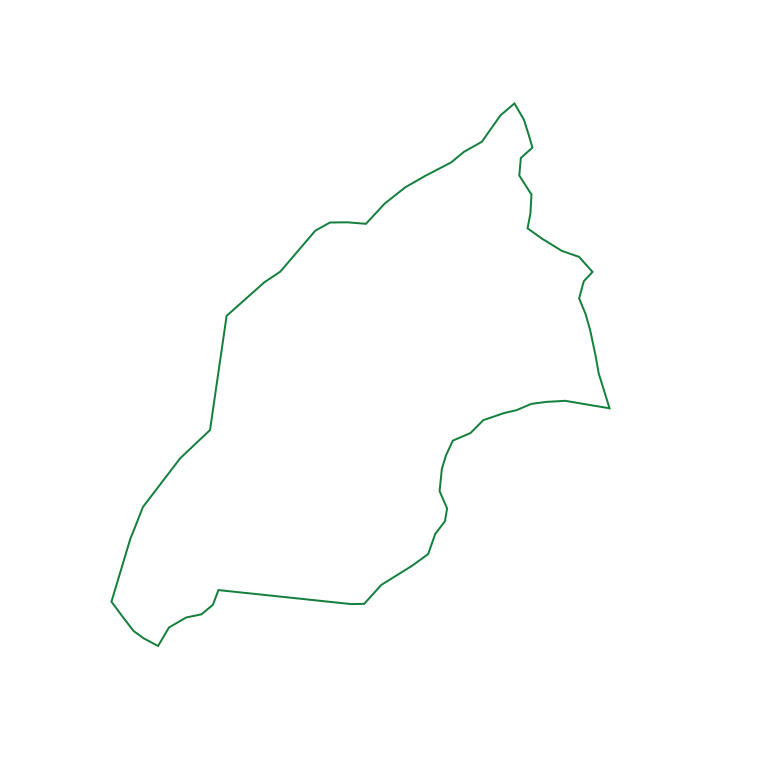 São Francisco, Sergipe, Brazil, rotated 11°
{"feature_id": "56859067B71066777145580", "entity_name": "São Francisco", "entity_type": "district", "adm_level": 2, "iso_a3": "BRA", "parent_name": "Brazil", "parent_adm1": "Sergipe", "projection": "albers", "projection_center": [-36.858, -10.332], "detail": "fine", "context": "isolated", "style": "outline", "palette": "green", "viewbox_px": 768, "rotation_deg": 11, "n_neighbors": 0, "source": "geoboundaries", "source_scale": "gbopen_adm2", "svg_char_len": 1026}
<svg xmlns="http://www.w3.org/2000/svg" viewBox="0 0 768 768"><g transform="rotate(11 384 384)"><path d="M216.5,347.1L222.0,462.4L198.1,495.8L170.8,550.8L167.4,569.5L164.5,584.6L158.0,649.7L172.1,662.6L185.4,674.3L196.8,679.6L212.2,684.3L219.4,664.0L234.3,651.0L248.8,644.9L258.2,633.3L260.8,617.9L364.3,608.9L393.7,606.3L406.5,603.6L419.7,581.7L446.5,556.8L459.8,542.5L462.9,521.4L470.0,507.1L469.7,494.2L459.0,478.5L457.0,456.3L458.5,442.0L462.4,426.4L478.3,415.6L488.4,400.5L507.2,389.7L519.1,384.4L532.4,375.4L546.7,370.6L565.2,365.9L587.8,365.4L610.0,364.8L600.1,346.3L592.8,332.8L586.5,316.4L576.1,291.8L568.6,277.0L559.2,262.7L560.5,245.0L567.3,234.2L551.2,222.0L533.2,219.4L511.9,211.4L495.2,203.8L495.2,188.7L492.6,169.9L477.0,153.5L475.2,136.0L484.6,123.6L478.6,112.0L471.0,98.0L458.5,83.7L447.1,98.0L433.8,127.6L418.2,140.8L407.8,153.5L384.9,171.7L367.4,186.8L350.3,206.7L335.7,230.2L317.0,232.3L300.1,235.8L287.3,246.6L260.8,293.4L247.2,306.9L216.5,347.1Z" fill="none" stroke="#15803d" stroke-width="2"/></g></svg>